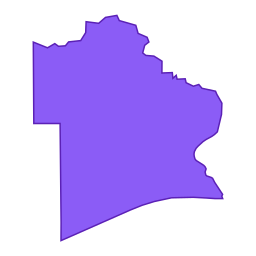 outline of Jefferson, Texas, United States of America
{"feature_id": "52423323B61382457071366", "entity_name": "Jefferson", "entity_type": "district", "adm_level": 2, "iso_a3": "USA", "parent_name": "United States of America", "parent_adm1": "Texas", "projection": "orthographic", "projection_center": [-94.044, 29.875], "detail": "fine", "context": "isolated", "style": "filled", "palette": "violet", "viewbox_px": 256, "rotation_deg": 0, "n_neighbors": 0, "source": "geoboundaries", "source_scale": "gbopen_adm2", "svg_char_len": 970}
<svg xmlns="http://www.w3.org/2000/svg" viewBox="0 0 256 256"><path d="M33.8,122.6L33.8,123.5L60.1,123.5L61.1,222.8L61.0,240.6L130.1,210.1L142.0,205.3L154.3,201.5L171.5,197.8L193.3,197.3L206.5,198.0L215.3,198.6L222.7,198.6L221.8,196.2L222.6,194.4L214.7,182.4L212.6,178.3L211.4,177.5L206.7,175.9L205.8,175.0L205.1,172.0L206.1,168.9L205.1,166.8L203.7,165.3L196.2,160.5L194.9,158.8L194.2,156.1L194.0,154.0L194.4,151.6L196.1,148.3L198.1,146.1L202.9,141.7L206.1,139.5L211.8,136.4L214.5,134.5L217.2,132.0L217.4,131.6L221.5,114.4L221.9,103.2L216.8,94.3L215.5,91.2L202.0,88.3L198.8,84.5L193.4,86.2L186.1,82.7L185.2,78.8L177.1,79.2L176.2,75.3L172.9,78.3L172.3,72.6L161.9,73.0L162.0,61.2L153.9,56.1L145.8,55.4L142.7,52.9L144.7,45.3L148.9,42.0L147.1,37.3L138.1,33.4L135.8,25.3L119.3,20.6L116.9,15.4L105.5,17.4L98.7,23.3L86.1,21.7L85.7,32.6L80.7,40.6L68.6,41.9L65.4,45.8L58.5,46.3L54.8,43.6L47.5,47.8L33.3,42.1L33.8,122.6Z" fill="#8b5cf6" stroke="#5b21b6" stroke-width="1.5"/></svg>